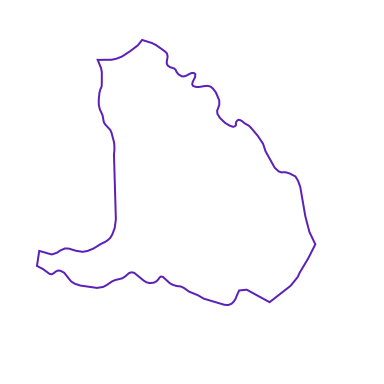 the border of Vrancea, rotated 200°
{"feature_id": "ROU-317", "entity_name": "Vrancea", "entity_type": "County", "adm_level": 1, "iso_a3": "ROU", "parent_name": "Romania", "parent_adm1": "", "projection": "mercator", "projection_center": [27.101, 45.78], "detail": "fine", "context": "isolated", "style": "outline", "palette": "violet", "viewbox_px": 384, "rotation_deg": 200, "n_neighbors": 0, "source": "natural_earth", "source_scale": "10m", "svg_char_len": 2112}
<svg xmlns="http://www.w3.org/2000/svg" viewBox="0 0 384 384"><g transform="rotate(200 192 192)"><path d="M58.2,185.0L60.1,169.3L63.2,153.1L63.6,148.3L67.2,137.7L81.4,115.0L107.2,118.9L114.0,115.6L114.3,112.5L114.6,106.3L115.2,103.4L116.6,100.6L119.2,98.2L122.9,97.1L144.4,95.8L151.1,97.0L160.8,97.4L166.4,99.0L170.1,99.4L174.4,98.4L178.3,98.2L181.7,98.7L190.3,102.3L192.3,101.9L193.2,100.6L193.7,98.6L194.8,96.0L196.8,93.8L200.6,91.9L204.0,91.6L207.0,92.2L218.7,96.3L221.5,95.8L223.4,94.3L226.1,89.5L228.2,86.9L234.2,82.9L236.6,80.6L240.4,75.3L242.9,72.5L248.4,69.4L264.9,65.9L270.6,65.7L275.0,66.6L284.5,72.4L288.6,73.0L291.2,72.3L292.9,70.6L294.0,68.6L295.7,66.7L297.8,66.3L305.6,68.6L312.4,69.5L315.4,84.4L302.6,85.3L300.6,86.7L297.8,89.1L295.7,92.1L292.1,95.5L288.4,96.7L280.6,97.1L274.3,98.4L270.1,100.8L265.3,105.1L259.8,112.1L256.6,115.3L254.7,117.9L253.1,121.0L252.4,124.7L252.3,131.7L254.2,140.3L278.1,200.4L279.3,205.1L280.8,209.0L282.3,212.1L288.0,220.3L290.1,222.4L296.1,225.5L298.4,227.1L299.7,229.0L300.8,231.0L302.3,233.5L307.0,238.3L309.4,242.1L311.1,246.5L312.9,253.5L313.2,257.1L313.0,260.2L313.7,262.6L317.7,273.7L319.9,277.4L325.8,283.9L312.7,288.8L308.2,291.7L304.2,295.3L298.6,302.7L293.0,311.4L290.9,317.8L280.7,318.3L275.8,317.7L265.0,314.7L262.9,313.6L261.3,311.1L260.8,308.6L260.4,306.2L259.6,304.0L258.0,302.5L255.3,301.8L251.3,302.0L249.5,301.4L247.2,299.3L244.9,297.9L241.2,297.2L239.0,297.9L236.9,299.6L235.1,301.7L233.2,303.6L231.1,304.5L229.2,303.9L228.4,301.1L229.0,295.4L228.6,293.2L227.2,292.0L224.2,292.1L221.5,293.0L216.1,296.0L213.5,297.1L210.6,297.4L207.6,296.3L203.6,293.7L197.8,287.5L196.2,283.4L196.1,279.6L196.2,276.9L194.8,274.1L191.0,271.1L184.4,268.2L179.1,267.2L175.7,267.3L174.1,268.5L173.6,269.7L173.9,270.8L174.3,271.5L174.4,272.5L174.3,273.4L173.8,274.8L172.9,275.8L171.4,276.0L169.2,275.7L165.9,274.5L161.4,273.8L158.8,272.7L149.3,267.2L141.7,261.6L136.7,255.3L122.6,243.1L117.6,241.0L114.7,241.0L112.3,242.1L109.7,242.7L106.5,242.8L100.2,242.0L96.3,238.9L92.0,233.8L77.3,208.1L68.0,194.6L58.2,185.0Z" fill="none" stroke="#5b21b6" stroke-width="2"/></g></svg>